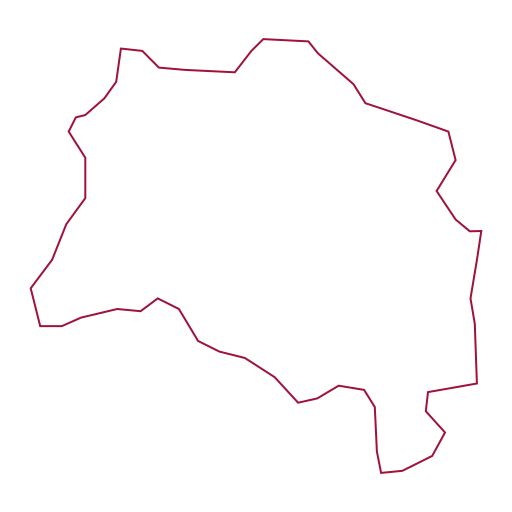 outline of Norberg, Västmanland, Sweden
{"feature_id": "70781695B94571539406434", "entity_name": "Norberg", "entity_type": "district", "adm_level": 2, "iso_a3": "SWE", "parent_name": "Sweden", "parent_adm1": "Västmanland", "projection": "mercator", "projection_center": [15.975, 60.085], "detail": "fine", "context": "isolated", "style": "outline", "palette": "rose", "viewbox_px": 512, "rotation_deg": 0, "n_neighbors": 0, "source": "geoboundaries", "source_scale": "gbopen_adm2", "svg_char_len": 809}
<svg xmlns="http://www.w3.org/2000/svg" viewBox="0 0 512 512"><path d="M40.2,326.1L61.9,326.1L81.0,317.6L117.2,309.0L140.6,311.2L157.7,298.4L178.9,309.0L198.1,341.0L219.4,351.6L244.9,358.0L274.7,377.2L298.1,402.7L317.3,398.4L338.6,385.7L364.1,389.9L374.8,407.0L376.9,451.6L381.1,472.9L391.4,471.9L402.4,470.8L432.2,455.9L445.0,432.5L425.8,411.2L428.0,392.1L476.9,383.5L474.8,323.9L470.5,298.4L476.9,260.1L481.3,231.0L469.8,231.3L455.6,219.5L436.6,191.0L455.6,160.1L448.4,131.6L415.2,119.8L365.4,103.2L353.5,84.2L317.9,53.3L311.2,44.9L308.4,41.4L263.3,39.1L251.4,50.9L234.8,72.3L185.0,69.9L158.9,67.6L142.3,50.9L121.4,48.6L120.9,48.6L116.2,81.8L104.3,98.4L85.3,115.0L75.8,117.4L68.7,131.6L85.3,157.7L85.3,198.1L66.3,224.2L52.1,259.8L30.7,288.3L40.2,326.1Z" fill="none" stroke="#9f1239" stroke-width="2"/></svg>